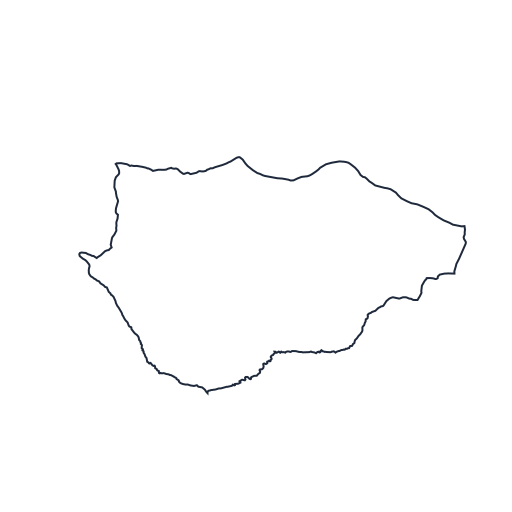 the district of El Cairo, Valle del Cauca, Colombia, rotated 38°
{"feature_id": "7082276B90998600886333", "entity_name": "El Cairo", "entity_type": "district", "adm_level": 2, "iso_a3": "COL", "parent_name": "Colombia", "parent_adm1": "Valle del Cauca", "projection": "albers", "projection_center": [-76.21, 4.758], "detail": "fine", "context": "isolated", "style": "outline", "palette": "slate", "viewbox_px": 512, "rotation_deg": 38, "n_neighbors": 0, "source": "geoboundaries", "source_scale": "gbopen_adm2", "svg_char_len": 6153}
<svg xmlns="http://www.w3.org/2000/svg" viewBox="0 0 512 512"><g transform="rotate(38 256 256)"><path d="M401.9,104.1L399.9,106.0L391.8,110.1L388.0,110.7L381.9,112.4L375.6,113.2L371.7,113.4L368.3,112.9L363.2,112.9L357.7,114.2L351.3,116.0L346.0,118.7L341.2,119.9L335.0,121.1L330.4,120.6L327.3,119.9L321.0,120.5L317.8,121.8L315.3,123.2L306.5,127.0L302.4,127.1L299.4,127.4L295.4,126.9L293.3,126.9L291.6,127.8L288.5,127.8L284.3,126.2L279.7,125.4L274.0,125.4L271.4,125.6L269.2,126.5L267.2,127.6L263.6,130.0L258.3,135.8L254.7,140.6L252.2,147.0L252.0,149.3L251.3,152.2L249.8,156.9L248.6,159.7L247.4,161.5L243.2,165.6L241.1,169.1L239.0,173.3L236.8,175.2L234.6,175.9L231.3,177.6L228.9,178.9L224.9,181.6L213.8,187.4L212.0,188.1L208.4,188.9L206.1,189.8L200.7,190.3L193.9,190.2L190.7,189.6L186.1,188.2L182.3,188.2L181.3,189.0L180.2,190.6L177.8,197.2L176.7,199.1L175.8,201.2L173.5,205.0L169.0,211.3L167.8,213.6L166.1,215.0L165.3,216.8L164.3,218.2L164.3,219.0L163.9,220.0L162.6,221.6L161.4,222.6L159.2,223.9L158.7,224.7L157.9,227.0L154.1,231.7L153.1,232.0L152.0,232.0L150.8,232.5L148.7,235.7L147.7,236.1L144.1,236.2L141.1,235.8L139.9,236.0L138.9,236.4L138.2,237.3L136.9,238.1L135.9,238.6L134.9,238.7L132.8,241.6L132.2,243.0L130.8,244.4L125.9,248.2L122.4,252.4L120.4,252.5L117.3,253.2L116.5,253.8L114.8,254.2L111.2,255.9L106.8,258.3L104.4,260.2L102.0,261.5L101.6,262.2L101.0,262.7L99.3,262.8L97.9,263.1L92.5,265.9L89.1,268.8L88.8,269.9L89.9,270.2L94.1,272.2L95.7,273.2L97.2,275.0L97.5,276.3L97.1,280.2L98.3,283.7L102.1,289.1L105.9,291.5L107.0,292.7L109.8,295.2L112.6,296.9L113.6,297.8L116.3,304.6L117.7,306.8L118.8,308.0L119.9,308.4L121.8,308.5L123.9,311.8L124.9,314.7L125.6,316.0L127.5,318.1L128.5,320.0L129.5,321.0L130.4,322.1L131.2,326.4L131.2,329.5L131.5,330.6L134.6,336.6L137.0,338.2L136.5,340.0L136.3,342.0L135.1,343.3L134.1,345.1L133.2,351.0L131.9,354.5L131.7,355.7L128.0,356.0L126.8,356.8L124.7,357.2L122.6,358.0L120.0,358.4L116.2,360.8L115.4,362.1L115.6,363.3L117.0,364.5L117.6,364.6L121.2,364.7L124.1,364.3L126.0,364.5L129.8,365.4L130.9,366.3L131.5,367.1L131.8,368.2L132.9,370.1L134.7,372.2L135.7,372.9L137.8,373.6L138.4,373.7L140.5,373.4L142.7,373.5L143.8,373.1L145.5,373.3L148.0,372.6L150.3,373.3L154.1,372.9L156.1,373.3L157.8,372.6L162.0,374.9L164.4,375.1L165.5,375.8L166.8,375.6L168.9,375.9L173.0,378.0L174.4,379.2L177.2,380.6L179.7,381.3L184.8,383.3L185.9,383.9L186.9,384.7L188.2,385.1L190.7,386.3L192.7,387.0L195.7,387.4L198.7,389.3L199.9,389.5L201.1,389.0L201.7,389.0L202.9,390.3L207.2,391.4L208.7,391.6L210.5,391.5L212.7,391.9L213.9,392.6L215.6,394.1L217.3,394.4L218.3,395.3L219.0,395.4L219.4,396.2L220.2,396.2L221.0,396.5L222.6,399.0L223.2,399.2L223.9,399.0L224.4,399.2L224.7,400.3L225.8,400.2L226.3,400.5L226.9,401.4L228.7,402.0L230.8,403.4L232.5,403.8L235.4,406.3L236.7,406.1L237.5,406.4L238.1,406.4L238.4,406.1L238.5,405.3L239.0,405.2L241.6,405.9L242.5,405.8L243.1,405.6L243.3,405.0L243.7,404.9L244.3,405.1L245.7,406.5L247.3,406.2L248.5,406.9L250.3,406.5L251.3,407.7L251.7,407.9L252.5,407.7L252.8,406.9L254.1,406.4L255.3,405.2L256.4,404.7L257.8,404.3L260.1,403.0L261.2,402.9L262.3,402.2L264.8,401.8L265.2,401.6L266.2,401.7L267.8,401.3L268.6,401.4L269.2,401.9L271.5,401.6L271.9,401.7L272.5,402.4L273.7,402.6L274.9,402.6L277.2,401.9L279.6,400.7L281.3,399.3L283.9,398.4L286.8,396.8L287.5,396.2L288.7,394.5L289.2,394.2L290.6,394.5L291.4,394.3L294.4,392.7L294.8,392.7L298.0,392.8L300.3,393.6L302.2,393.9L301.6,393.1L301.4,392.0L301.5,391.5L302.7,390.1L303.0,389.5L306.4,386.0L308.2,383.3L309.8,382.0L313.5,377.0L314.1,376.6L316.8,373.3L317.0,372.9L316.9,371.8L318.4,371.4L318.8,371.0L318.9,370.8L318.1,370.1L318.2,369.8L320.7,367.5L321.6,365.5L321.7,365.3L321.5,365.1L320.4,365.1L320.1,364.9L321.2,362.1L321.6,361.8L323.5,361.0L323.8,360.7L323.7,359.8L322.3,358.7L322.3,357.8L323.5,356.7L324.0,356.5L326.5,356.8L327.5,356.5L327.7,356.1L327.5,355.6L326.9,354.8L326.9,354.4L328.3,351.6L330.3,349.9L330.4,347.6L331.0,345.6L330.5,344.6L329.1,343.8L328.9,343.2L329.1,342.8L330.1,342.0L330.5,341.4L330.7,339.8L330.0,338.3L328.5,337.0L328.2,336.6L328.3,336.1L328.8,335.5L330.0,335.2L330.5,334.8L330.9,333.6L329.9,332.5L329.9,332.2L330.6,331.4L330.8,330.3L331.0,330.2L331.8,330.4L332.1,330.0L331.6,328.8L331.7,327.6L331.5,327.3L331.3,327.1L329.9,326.6L329.6,326.2L329.6,324.9L330.4,323.4L330.2,322.4L330.6,321.3L330.6,320.8L330.2,320.4L329.5,320.0L330.2,319.5L331.9,319.5L332.8,317.3L333.7,317.1L334.2,317.4L334.8,317.2L334.8,315.8L335.8,315.7L336.6,315.2L337.1,314.6L338.6,314.1L338.6,313.2L339.4,312.0L340.5,311.1L342.1,310.5L342.6,309.8L342.8,308.9L343.2,308.5L346.0,306.4L349.0,305.1L351.0,303.6L352.1,303.2L357.1,299.0L358.2,297.4L359.1,297.3L361.5,296.0L363.2,295.6L363.5,293.8L364.1,293.5L364.3,292.8L364.6,292.5L365.5,292.8L365.8,292.4L365.9,291.6L365.4,290.5L365.6,289.9L367.4,290.0L368.1,289.5L369.0,289.4L369.9,288.6L370.7,288.2L373.9,286.0L374.5,285.2L374.7,284.5L375.7,283.8L375.9,283.3L376.7,283.1L378.1,283.2L378.5,281.8L379.7,279.9L380.3,279.4L381.1,277.6L382.3,276.5L382.8,275.6L383.5,275.3L383.7,274.8L383.8,273.8L384.8,273.2L385.1,272.3L386.1,271.3L385.6,269.2L385.8,268.8L387.0,267.8L387.0,267.2L386.6,265.9L387.1,264.1L386.2,262.3L385.8,260.8L386.1,259.7L386.2,258.9L386.0,255.9L386.3,253.5L386.1,250.1L385.6,249.0L383.8,246.8L383.6,245.8L383.8,244.2L383.7,243.5L383.0,242.0L382.6,240.0L381.5,238.4L381.5,238.1L382.0,237.4L382.2,236.4L381.4,234.7L380.3,233.8L380.3,232.2L381.6,229.9L381.8,228.8L383.8,225.7L384.4,221.6L385.3,219.8L385.6,218.7L386.4,217.9L386.9,217.1L387.0,216.5L386.5,211.3L387.3,207.4L388.4,205.4L389.3,204.2L394.9,201.5L395.4,201.0L397.1,198.2L399.0,196.6L400.3,195.9L403.1,195.2L404.4,194.3L407.0,193.8L410.3,191.3L410.4,190.8L410.1,189.4L409.9,187.1L409.2,183.6L409.0,183.0L408.3,182.4L407.6,181.5L405.0,177.2L404.3,172.5L404.2,170.9L404.5,169.5L404.1,168.4L404.7,167.8L407.2,165.9L409.4,164.5L411.3,163.8L411.9,163.4L412.4,162.8L412.8,161.6L411.9,160.1L412.3,157.5L415.2,154.0L418.3,151.3L423.2,147.7L421.7,145.9L419.9,141.3L418.8,138.9L417.7,133.1L413.7,117.4L413.1,116.2L412.4,115.6L409.4,114.5L408.0,113.3L407.2,110.5L405.9,108.9L404.4,106.5L401.9,104.1Z" fill="none" stroke="#1e293b" stroke-width="2"/></g></svg>